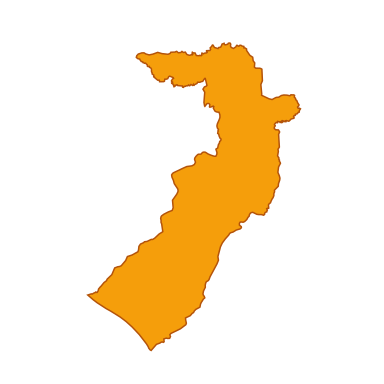 outline of Fatuberliu, Manufahi, East Timor, rotated 78°
{"feature_id": "22284137B51170089916625", "entity_name": "Fatuberliu", "entity_type": "district", "adm_level": 2, "iso_a3": "TLS", "parent_name": "East Timor", "parent_adm1": "Manufahi", "projection": "robinson", "projection_center": [125.892, -8.981], "detail": "fine", "context": "isolated", "style": "filled", "palette": "amber", "viewbox_px": 384, "rotation_deg": 78, "n_neighbors": 0, "source": "geoboundaries", "source_scale": "gbopen_adm2", "svg_char_len": 5909}
<svg xmlns="http://www.w3.org/2000/svg" viewBox="0 0 384 384"><g transform="rotate(78 192 192)"><path d="M271.1,315.4L276.9,311.0L280.6,307.8L288.2,300.2L291.5,296.4L299.4,288.2L305.1,283.3L311.6,278.6L320.5,273.2L331.1,268.1L334.2,267.0L335.7,266.8L337.6,265.9L338.5,264.9L333.6,258.4L333.1,254.8L332.6,253.7L332.4,252.4L333.1,251.4L332.7,250.4L329.9,250.1L329.6,247.6L330.2,246.3L330.5,244.3L328.9,243.1L327.0,243.4L326.0,242.1L323.4,231.8L320.5,225.6L319.2,224.8L315.8,224.8L313.8,224.5L312.6,219.4L310.7,217.0L310.3,215.6L308.8,214.4L307.6,212.6L306.3,208.2L303.3,206.9L301.9,205.8L299.1,203.1L298.2,201.5L296.7,201.7L295.0,202.4L293.8,202.4L291.2,201.3L288.0,198.8L285.8,198.4L283.3,197.2L282.6,196.2L282.0,194.4L281.1,193.5L278.6,191.9L267.5,182.5L264.2,180.3L260.6,180.1L251.6,175.6L248.2,173.0L244.8,169.2L241.8,165.1L240.4,163.8L239.9,162.7L239.7,160.1L238.4,156.6L238.1,152.6L237.5,151.5L237.1,151.1L236.1,151.0L234.3,152.5L232.6,152.2L231.6,151.4L231.5,150.3L232.2,148.3L231.9,146.7L230.3,144.1L228.5,142.6L227.6,141.2L226.0,140.5L224.8,139.2L224.5,138.3L224.5,136.8L227.3,133.2L228.0,131.3L228.5,128.9L229.6,126.7L228.9,125.6L228.2,125.5L227.2,124.6L226.9,122.9L226.2,122.8L225.4,122.1L223.8,122.4L223.6,121.7L223.9,120.5L223.7,120.3L220.5,119.9L219.5,118.9L218.9,117.5L217.3,116.5L215.5,115.1L214.5,114.0L212.6,112.7L210.6,112.3L209.0,111.2L207.4,111.0L204.3,106.4L201.9,105.7L198.5,103.7L196.7,103.1L194.4,103.2L190.6,103.9L185.5,102.1L182.3,99.5L181.3,99.6L179.9,100.2L179.0,99.8L178.1,100.3L176.8,99.9L174.5,100.8L170.3,99.1L168.1,99.0L166.2,97.2L153.6,95.3L151.5,93.8L149.3,94.5L148.5,97.2L147.1,98.3L145.6,98.0L145.1,97.2L144.4,96.8L143.4,97.4L142.9,97.2L141.6,95.5L141.5,95.1L142.0,94.3L142.0,94.0L141.1,93.9L140.7,93.5L141.4,92.4L141.6,90.8L142.3,91.2L142.4,90.8L141.9,90.3L141.8,89.9L142.8,89.8L142.8,89.4L142.2,88.3L141.1,89.3L140.9,89.0L141.2,88.2L142.3,87.1L141.7,85.8L142.0,85.5L142.7,85.8L142.8,85.5L141.8,84.7L142.8,83.0L142.8,82.2L141.2,79.8L141.1,77.1L140.7,76.7L139.4,77.0L138.8,76.7L138.6,75.3L138.4,74.9L137.5,74.8L137.3,72.7L136.1,71.4L136.2,70.6L134.5,69.9L133.2,68.6L132.4,69.4L132.2,70.7L131.1,71.1L130.7,71.0L130.0,69.8L129.1,69.2L126.7,70.1L124.3,70.5L123.3,71.3L121.8,71.3L120.5,72.2L118.8,71.6L118.2,72.2L117.5,75.1L118.2,76.2L117.0,79.0L116.2,82.0L116.2,83.1L116.2,84.6L117.3,87.5L117.0,89.7L117.1,90.6L118.2,94.4L116.9,97.2L111.9,103.8L110.5,103.4L101.2,102.3L97.8,100.0L86.4,98.1L85.6,98.9L85.0,100.0L84.1,104.0L82.8,105.0L78.8,103.8L76.3,104.9L72.8,104.6L70.3,107.0L64.9,109.2L63.4,108.9L62.1,110.2L61.8,111.3L60.4,111.0L59.6,112.8L58.6,113.7L58.5,115.0L59.1,115.7L59.0,116.3L57.8,117.5L58.2,118.2L59.1,118.9L60.2,121.6L59.1,123.1L58.1,123.9L57.2,124.0L55.5,123.4L54.5,123.6L54.1,124.2L54.0,125.5L54.9,126.4L55.0,128.9L54.5,129.6L53.2,129.7L53.6,131.9L54.5,132.4L56.3,133.9L56.2,135.8L57.1,136.7L55.3,140.0L52.7,140.9L52.5,141.5L53.7,142.6L54.8,144.3L56.3,144.1L57.3,145.0L56.8,148.4L57.2,148.6L58.2,148.1L58.7,148.2L58.9,148.8L58.8,151.2L59.2,151.9L59.1,152.3L58.2,153.3L58.8,153.7L60.4,154.1L60.6,154.9L59.9,155.8L60.2,156.7L59.4,159.4L56.6,160.1L56.2,161.9L55.4,162.6L56.3,163.1L57.6,162.7L57.9,163.0L57.6,164.1L57.8,165.6L57.6,166.5L56.3,168.5L53.8,169.4L53.7,171.5L52.4,172.6L53.2,173.9L53.0,176.1L52.8,176.6L51.3,177.7L51.2,178.1L51.6,179.4L50.9,183.7L51.9,184.6L52.3,186.8L50.4,192.6L48.3,196.5L49.0,201.6L49.0,205.4L47.4,208.4L45.9,210.0L45.5,212.2L45.9,215.9L47.2,217.7L48.7,218.5L49.2,218.2L50.4,217.2L51.1,215.5L52.1,215.3L53.8,214.5L54.5,213.1L55.2,213.1L55.5,212.4L56.2,211.8L56.3,210.6L57.4,210.0L58.2,209.3L59.6,209.5L60.2,208.9L60.3,207.6L61.3,207.6L62.0,206.6L63.2,206.1L66.0,206.6L67.3,206.2L68.2,206.5L69.7,205.1L71.2,205.5L71.6,205.4L71.6,204.9L72.6,204.6L75.5,202.3L75.9,200.7L77.4,200.8L78.2,196.7L77.9,195.9L76.0,195.2L76.3,193.5L76.1,192.2L74.4,190.8L74.1,190.0L74.1,189.6L76.2,186.6L77.0,186.4L77.5,187.6L78.8,188.9L79.5,189.0L80.5,188.2L81.1,189.3L81.6,189.2L82.1,188.3L82.9,188.2L83.6,187.5L84.1,187.9L85.3,187.7L85.1,186.9L83.9,185.2L84.2,185.0L84.2,184.1L84.9,183.9L86.3,179.4L87.5,179.4L87.9,178.5L87.0,177.7L87.3,176.3L86.9,175.6L87.2,174.4L86.6,173.0L87.4,172.7L87.6,172.1L86.6,170.7L87.9,169.3L87.9,168.8L87.2,168.3L87.9,168.2L88.1,167.8L87.5,167.1L86.9,164.6L85.8,163.7L86.3,161.5L86.0,159.8L86.0,158.5L84.1,156.6L83.5,155.7L83.7,155.4L90.8,155.2L91.4,156.0L91.8,158.0L93.7,159.9L97.0,158.8L106.9,161.7L110.5,161.8L110.9,161.6L108.7,159.0L108.7,157.8L109.2,156.9L110.2,156.4L112.3,157.2L112.7,157.0L112.8,156.0L112.4,153.4L112.7,153.1L113.0,152.9L114.4,153.7L117.5,152.8L118.1,152.3L119.0,150.9L119.6,149.0L122.3,148.7L124.7,149.1L126.5,150.1L130.7,153.1L132.6,153.9L134.7,153.9L136.2,153.1L137.0,153.7L137.8,153.6L137.9,153.9L140.1,154.7L140.8,153.9L143.3,153.8L145.4,153.3L146.2,152.6L147.0,152.8L147.8,153.4L148.3,154.4L150.1,155.2L150.9,156.2L154.4,157.8L154.9,159.5L155.2,159.7L158.7,159.4L160.3,159.9L162.0,161.3L161.6,162.9L159.8,166.0L158.1,168.4L155.9,170.6L155.4,172.0L155.5,173.6L156.6,174.9L156.8,175.6L156.4,177.9L156.6,178.7L158.0,180.8L159.5,182.3L160.6,182.7L163.6,182.4L165.6,184.0L166.4,186.6L166.0,191.8L166.9,196.0L169.1,205.2L169.5,206.6L170.4,207.8L171.1,208.4L173.4,208.5L176.7,207.8L180.2,207.6L186.0,205.3L187.6,205.3L188.8,205.7L191.0,207.4L196.0,212.8L203.5,213.7L205.9,215.2L206.6,219.5L207.9,224.2L209.1,226.8L209.9,227.5L211.6,228.2L213.0,228.1L215.3,228.6L216.9,228.3L224.7,228.8L224.9,229.1L226.2,232.8L229.4,238.1L230.1,239.9L230.2,240.4L229.9,241.8L231.0,246.2L230.8,248.7L231.6,250.3L232.2,253.2L234.1,255.2L237.6,256.4L239.2,257.3L241.2,263.9L241.7,268.6L245.2,271.1L249.4,276.5L249.8,278.2L249.7,280.3L250.2,283.4L256.2,287.6L259.6,293.1L261.0,294.1L262.3,296.9L265.2,300.5L265.8,301.5L267.5,303.6L269.1,304.3L270.5,305.6L270.4,306.2L269.9,306.7L269.8,307.0L270.3,307.8L270.5,309.3L271.0,310.5L271.1,311.0L270.7,311.6L271.1,315.4Z" fill="#f59e0b" stroke="#b45309" stroke-width="1.5"/></g></svg>